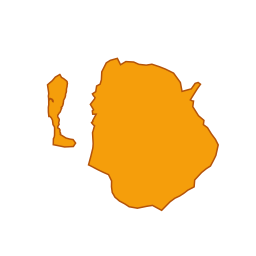 Nembe, Bayelsa, Nigeria, rotated 205°
{"feature_id": "59680162B49362321791702", "entity_name": "Nembe", "entity_type": "district", "adm_level": 2, "iso_a3": "NGA", "parent_name": "Nigeria", "parent_adm1": "Bayelsa", "projection": "orthographic", "projection_center": [6.44, 4.512], "detail": "fine", "context": "isolated", "style": "filled", "palette": "amber", "viewbox_px": 256, "rotation_deg": 205, "n_neighbors": 0, "source": "geoboundaries", "source_scale": "gbopen_adm2", "svg_char_len": 3794}
<svg xmlns="http://www.w3.org/2000/svg" viewBox="0 0 256 256"><g transform="rotate(205 128 128)"><path d="M43.2,102.6L45.6,109.1L42.5,118.8L39.8,124.3L37.2,128.4L36.9,134.4L36.8,137.8L36.8,140.4L39.1,150.8L43.9,154.6L50.0,157.9L56.1,161.9L61.1,162.9L62.4,167.0L69.3,168.9L78.3,174.7L80.0,180.1L81.3,179.7L83.4,179.8L81.8,192.7L80.8,198.3L83.7,198.9L86.0,196.8L87.2,190.2L94.5,184.0L99.8,191.4L105.2,194.4L106.5,195.1L109.9,197.0L119.0,197.2L125.6,196.8L133.3,195.9L138.0,192.7L145.0,190.3L150.7,190.2L158.0,187.3L161.5,182.2L167.1,186.6L172.6,181.9L175.2,177.9L175.5,167.8L172.5,160.5L171.8,156.0L174.2,152.8L172.6,147.3L174.7,143.9L173.2,142.8L170.8,141.7L170.6,140.2L172.1,133.5L168.1,130.8L166.9,129.9L167.6,128.4L165.8,125.6L162.7,127.1L163.1,119.8L162.6,119.0L162.8,118.3L163.4,117.8L163.4,117.5L162.9,117.2L160.7,116.2L159.2,115.8L159.1,114.6L158.4,110.6L158.2,108.8L152.9,99.0L152.5,97.9L151.8,96.1L151.3,94.6L149.7,86.6L148.2,77.9L146.4,77.9L138.0,77.5L131.5,77.4L125.9,77.5L120.5,73.1L118.1,67.7L117.9,67.4L115.0,62.9L112.1,60.9L111.9,60.7L110.6,59.8L105.2,58.3L104.9,58.2L99.0,57.9L95.5,57.4L93.7,57.1L85.6,59.3L77.6,65.2L74.6,67.2L73.1,68.2L62.7,67.6L58.7,78.9L55.9,84.1L52.4,88.3L49.5,93.0L47.6,96.8L43.2,102.6ZM219.2,133.1L215.3,127.2L214.3,125.5L213.7,123.3L212.3,121.0L211.6,119.5L211.6,120.6L211.6,121.0L211.3,121.5L211.2,121.6L211.1,121.8L210.9,121.9L209.1,122.0L208.9,121.9L208.6,121.8L208.2,121.6L207.9,121.5L207.7,121.4L207.6,120.9L207.5,120.7L207.2,120.6L207.1,120.2L207.3,120.2L207.6,120.3L207.7,120.5L207.9,120.6L208.0,120.7L208.1,121.0L208.4,121.2L208.8,121.4L209.0,121.5L209.3,121.6L210.8,121.6L211.1,121.4L211.2,121.1L211.3,119.0L210.4,117.1L209.7,115.7L209.0,113.2L206.9,108.8L204.6,105.0L203.8,105.5L201.9,104.8L199.8,103.2L197.4,99.4L195.2,98.0L194.2,96.3L191.6,90.6L191.0,88.5L191.1,86.8L188.7,81.3L177.5,84.0L169.7,88.1L169.1,92.2L172.9,94.3L175.9,93.4L180.0,92.7L186.5,93.5L186.8,93.8L186.6,94.0L186.8,94.6L187.0,94.9L187.3,95.1L187.5,95.2L187.7,95.5L187.9,95.6L188.1,95.7L188.2,95.8L188.3,96.0L188.6,96.7L188.7,97.3L188.8,97.4L189.1,97.6L189.2,97.8L189.5,97.9L189.6,98.0L190.0,98.3L191.7,98.4L191.8,98.5L191.9,98.8L192.0,99.1L192.2,99.5L192.2,100.7L192.0,101.9L192.0,102.2L192.2,102.3L192.3,102.5L192.6,102.8L192.7,103.1L192.8,103.2L192.9,103.3L193.1,103.7L193.2,104.1L193.2,104.4L193.3,104.9L193.5,105.5L193.6,106.0L193.7,106.3L193.8,106.5L194.0,106.8L194.4,107.2L194.6,107.3L194.9,107.4L195.0,107.6L195.3,107.7L195.5,107.8L195.8,108.0L196.2,108.2L196.4,108.5L196.5,108.7L196.7,109.0L196.8,109.3L196.9,109.5L197.1,109.9L197.1,110.4L196.9,110.8L196.8,111.7L196.7,112.6L196.5,113.1L196.4,113.4L196.3,113.6L196.3,113.9L196.3,114.3L196.4,115.6L196.5,116.2L196.5,117.9L196.8,117.9L196.9,118.0L197.1,118.1L197.2,118.3L197.2,118.8L197.1,119.2L196.8,119.4L196.7,119.7L196.7,120.9L196.7,121.0L196.8,121.6L196.9,121.9L196.9,122.4L197.1,122.4L197.2,122.9L197.3,123.6L197.4,124.0L197.6,124.5L197.7,125.0L197.8,125.1L198.0,125.6L198.1,126.1L198.1,126.9L198.0,127.4L198.0,127.7L198.0,127.8L198.0,129.2L198.1,129.6L198.1,129.8L198.2,130.4L198.3,130.9L198.5,131.3L198.6,131.6L198.7,131.9L198.9,132.2L199.0,132.7L199.0,132.9L199.0,133.8L199.1,134.3L199.2,135.0L199.4,135.3L199.5,135.7L199.6,135.9L199.8,136.2L199.9,136.3L200.0,136.8L200.1,137.0L200.3,137.5L200.4,137.9L200.5,138.5L200.7,139.3L200.8,139.8L200.9,140.3L201.1,140.7L201.2,140.8L201.3,141.2L201.4,141.7L201.6,142.3L201.7,142.7L201.8,142.9L201.9,143.0L202.1,143.3L202.5,143.7L202.6,143.9L202.7,144.1L202.8,144.3L203.2,144.5L203.4,144.6L203.6,144.7L204.3,144.8L204.8,145.0L205.4,145.1L205.8,145.2L206.5,145.4L207.0,145.5L207.9,145.6L209.3,145.7L209.7,145.7L210.4,146.3L211.4,147.0L211.8,147.4L212.4,147.7L215.4,143.4L216.6,138.9L218.0,135.9L219.2,133.1Z" fill="#f59e0b" stroke="#b45309" stroke-width="1.5"/></g></svg>